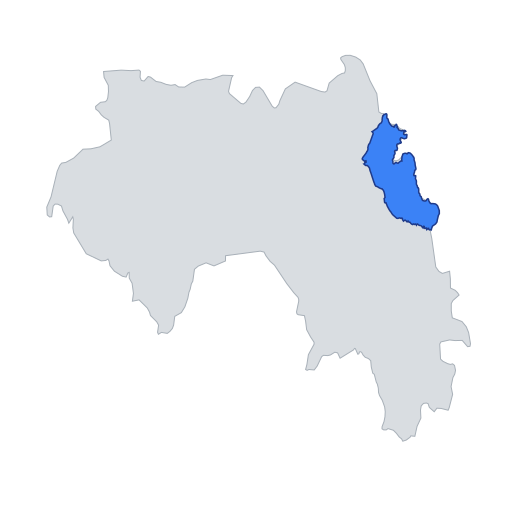 Mandiana, Mandiana, Guinea shown in context, rotated 353°
{"feature_id": "49546643B67473886511689", "entity_name": "Mandiana", "entity_type": "district", "adm_level": 2, "iso_a3": "GIN", "parent_name": "Guinea", "parent_adm1": "Mandiana", "projection": "equal_earth", "projection_center": [-8.547, 10.818], "detail": "fine", "context": "in_parent", "style": "filled", "palette": "blue", "viewbox_px": 512, "rotation_deg": 353, "n_neighbors": 0, "source": "geoboundaries", "source_scale": "gbopen_adm2", "svg_char_len": 9329}
<svg xmlns="http://www.w3.org/2000/svg" viewBox="0 0 512 512"><g transform="rotate(353 256 256)"><path d="M315.0,363.6L310.8,362.8L308.9,363.9L303.3,372.7L299.9,376.2L294.7,375.1L292.8,375.7L291.4,374.7L293.3,369.9L296.0,360.3L302.9,350.6L303.1,348.6L300.3,343.0L297.3,335.3L297.3,327.0L296.8,321.1L290.7,319.4L289.6,318.4L289.4,316.4L292.9,306.1L293.1,304.1L292.7,302.2L289.0,297.0L283.2,287.2L273.2,267.3L269.4,263.1L265.9,257.0L264.5,253.1L260.8,251.7L225.8,252.0L225.1,257.2L213.1,260.7L205.6,256.7L197.4,259.0L193.3,261.7L190.2,273.3L188.4,275.8L186.6,281.0L185.0,283.9L183.2,289.6L179.2,297.8L175.0,303.1L168.0,306.0L165.8,314.6L164.1,317.8L161.4,320.3L158.5,322.0L152.8,320.3L149.6,321.8L149.0,319.7L150.9,312.8L149.5,309.3L144.0,302.2L143.5,298.8L141.8,294.4L134.6,285.3L127.8,285.8L129.8,278.2L129.7,268.0L127.5,262.5L128.1,256.8L126.8,257.2L124.5,261.1L120.9,259.8L113.6,253.8L109.9,247.9L109.5,243.0L108.7,241.0L106.4,242.1L101.8,242.0L87.8,233.1L77.9,210.9L77.7,205.8L79.2,197.2L78.9,194.8L74.2,200.6L73.4,196.7L69.9,187.8L69.0,182.7L65.6,180.4L62.9,180.0L60.8,181.7L58.0,192.1L55.9,192.1L53.8,189.8L54.3,182.0L59.8,172.3L69.0,147.7L72.3,142.1L74.4,140.1L78.7,139.9L87.0,136.6L97.3,128.9L105.2,129.5L114.4,128.6L126.5,123.3L126.8,106.8L126.4,103.2L122.1,99.9L119.6,97.0L117.5,93.3L114.9,90.7L115.0,88.0L120.4,84.5L125.3,84.5L127.0,83.2L128.2,80.8L129.6,74.9L130.2,68.6L127.0,60.2L127.2,54.3L144.9,55.1L154.6,56.8L162.5,57.2L163.8,58.6L162.7,64.4L163.6,67.8L166.3,68.7L170.8,64.7L173.1,65.6L178.1,70.6L182.7,72.0L187.7,74.7L192.4,76.2L196.6,76.0L199.8,78.8L205.7,79.7L213.3,76.1L219.3,74.6L227.8,74.2L232.2,75.3L245.0,72.5L255.1,74.1L253.5,76.1L248.8,89.2L249.4,91.6L259.6,102.7L262.0,103.6L264.8,102.0L269.2,96.9L272.7,91.3L276.1,88.6L280.0,88.8L283.1,92.7L290.3,109.2L292.2,111.3L293.9,111.3L297.1,108.2L298.7,104.6L305.5,93.7L316.0,88.2L340.8,100.7L344.5,101.7L346.6,100.7L349.7,93.3L359.1,87.0L363.6,85.3L366.2,85.1L367.2,83.0L367.6,80.0L367.1,76.9L364.2,71.3L364.1,69.7L365.8,68.6L369.4,67.8L374.0,68.3L379.2,70.7L383.4,74.2L385.8,78.4L390.5,95.9L395.7,109.6L395.5,128.0L397.8,129.8L400.4,130.6L401.5,132.0L404.1,139.6L406.5,141.8L409.4,142.3L414.7,147.2L418.2,149.1L418.7,150.6L418.6,152.6L417.2,155.1L412.0,160.2L409.4,164.5L404.1,175.0L404.0,176.9L405.1,178.3L407.3,178.6L409.6,177.9L414.5,174.0L418.4,175.4L422.0,178.3L423.4,181.3L423.7,185.3L422.9,190.4L422.8,196.1L424.0,205.8L425.9,215.6L427.9,219.1L440.2,227.7L441.4,230.9L442.0,234.5L441.1,239.5L439.8,242.2L433.1,249.9L432.1,253.5L432.6,260.2L433.1,288.8L435.7,293.6L438.9,296.0L446.3,294.7L446.1,302.6L445.1,311.5L449.5,314.3L451.6,317.0L452.8,319.5L446.0,324.2L444.0,327.0L443.1,334.4L443.3,341.3L452.5,346.2L456.1,351.9L457.7,357.9L458.2,369.2L457.4,371.7L455.0,371.8L450.4,364.9L443.2,364.2L437.9,362.9L429.1,363.8L427.6,365.8L426.6,380.8L428.7,383.3L432.9,386.1L435.7,387.3L438.0,387.0L439.7,388.8L440.1,393.8L438.9,397.4L436.6,400.7L433.7,409.4L434.3,417.3L429.3,430.0L427.9,432.5L421.3,429.9L417.0,429.1L413.9,432.3L409.6,427.4L408.8,423.5L407.2,422.7L404.3,422.7L401.7,424.9L400.5,428.9L399.9,437.0L395.1,444.7L391.7,454.3L387.7,453.4L386.9,454.6L382.7,457.0L379.1,457.7L378.2,455.2L376.1,453.1L373.7,449.0L371.1,445.7L366.0,443.4L364.0,444.5L361.6,444.2L360.0,442.9L360.3,440.9L362.9,435.9L364.4,431.3L365.3,426.3L365.3,421.5L363.8,414.8L361.6,409.5L361.0,406.4L361.3,402.0L360.8,397.9L360.0,395.7L359.0,387.9L357.6,386.5L356.9,380.3L357.1,373.9L355.1,371.5L352.0,369.8L350.2,367.3L349.1,364.5L348.0,363.7L347.0,363.8L346.2,365.6L345.1,365.9L343.3,360.0L342.6,359.7L341.3,361.1L327.0,367.7L325.2,362.1L322.5,361.1L317.8,363.3L315.0,363.6Z" fill="#d9dde1" stroke="#a8b0b8" stroke-width="1"/><path d="M433.1,251.5L433.2,251.1L433.2,250.9L433.4,250.8L433.4,250.5L433.8,249.8L434.7,248.0L435.2,247.6L436.2,247.1L438.1,246.1L439.2,244.9L439.6,244.5L439.7,244.3L440.0,243.5L440.3,242.4L441.2,240.0L441.4,239.4L441.7,238.6L441.8,238.5L441.8,238.2L442.6,237.1L442.9,236.6L443.2,236.0L443.3,234.2L443.5,233.7L443.4,233.2L443.4,232.9L442.8,230.4L442.7,229.7L442.3,228.3L441.7,227.4L440.8,226.5L440.2,226.1L437.8,225.5L436.1,225.4L435.5,225.0L434.6,223.3L434.3,222.4L434.2,221.8L434.2,221.3L434.0,220.4L433.6,220.1L432.9,220.4L432.4,220.7L431.8,221.6L431.6,221.8L431.1,222.0L430.2,222.0L429.5,221.8L428.2,221.2L427.9,220.7L427.4,218.9L427.2,217.4L427.1,217.1L426.5,216.6L426.2,216.2L426.1,215.6L426.2,214.5L426.0,214.1L425.5,213.6L425.4,213.0L425.3,212.5L425.3,212.2L425.6,210.1L425.6,208.8L425.3,208.0L425.1,208.0L424.9,208.0L424.7,207.7L424.6,206.0L424.4,205.6L424.0,204.5L424.0,203.6L424.3,201.7L424.3,200.6L423.8,199.2L423.7,198.6L424.3,196.0L424.2,195.7L423.4,195.7L422.7,195.6L422.5,195.2L422.5,194.5L422.6,194.3L422.6,194.1L423.2,192.7L423.7,191.8L423.8,190.8L424.1,190.2L424.8,190.0L425.1,189.7L425.3,189.2L425.4,188.5L425.1,185.3L425.1,184.0L425.2,183.1L424.8,180.7L424.6,179.7L424.8,179.0L424.8,178.0L424.5,177.0L424.3,177.0L423.8,175.7L423.4,175.1L423.1,174.6L422.8,174.1L421.5,172.6L420.2,172.1L419.6,172.0L419.2,172.5L418.8,172.8L418.7,172.9L418.3,173.0L418.0,172.7L417.7,172.5L417.2,172.3L416.1,172.2L414.6,172.5L414.1,172.8L413.9,173.3L413.9,173.5L413.0,175.2L413.0,175.3L412.4,178.0L412.3,178.6L412.4,178.9L412.4,179.5L411.2,179.4L409.6,180.4L409.2,180.6L408.7,181.0L408.2,181.3L407.7,181.0L407.2,180.8L407.0,180.7L406.6,180.3L406.4,180.2L406.1,180.2L404.3,181.4L403.7,181.3L403.4,180.9L403.2,180.4L403.2,180.0L403.4,179.2L403.1,177.4L403.2,177.0L403.3,176.8L404.3,175.8L404.9,175.1L405.0,174.2L405.0,173.8L405.0,173.7L405.2,172.9L406.3,171.6L406.5,171.0L406.5,170.7L406.3,169.6L406.3,169.2L406.4,168.8L406.7,168.4L407.0,168.2L407.5,168.2L408.4,168.4L408.7,168.3L408.9,168.1L409.2,167.3L409.6,166.2L409.4,165.6L409.2,164.9L409.1,163.9L409.2,163.4L409.2,163.1L409.5,162.5L409.9,162.1L410.2,162.0L411.5,162.1L412.2,161.4L412.4,161.4L413.3,161.7L413.5,161.5L413.9,161.2L414.0,160.9L414.0,160.6L413.6,160.1L413.5,159.3L413.2,158.6L413.2,158.2L413.2,157.8L413.3,157.7L413.5,157.1L414.0,156.5L414.3,156.3L414.9,156.3L415.9,156.9L416.0,157.0L417.4,157.7L417.9,157.7L418.2,157.6L418.9,157.5L419.6,157.3L419.9,157.0L420.0,156.6L420.1,156.3L420.4,154.9L420.6,154.2L420.5,153.9L420.3,153.7L420.0,153.7L418.5,153.9L417.6,153.4L417.4,153.2L417.4,152.9L417.4,152.7L417.7,151.5L418.0,151.0L418.7,150.7L419.5,150.7L419.9,150.5L419.6,149.9L418.8,149.4L418.1,149.5L417.3,149.7L416.9,149.4L416.6,149.3L416.0,149.5L415.5,149.5L414.4,148.9L413.6,148.6L413.0,148.2L412.6,146.7L412.2,146.2L411.8,145.9L411.7,145.8L411.6,145.5L411.7,145.2L412.2,144.9L412.0,144.4L411.7,143.7L411.7,143.0L411.4,142.5L411.2,142.4L410.7,143.0L409.5,143.7L409.3,144.4L409.2,144.7L408.9,144.9L408.6,144.9L407.9,143.9L407.5,143.9L407.1,144.0L406.5,143.6L405.9,142.7L405.7,142.4L405.4,141.7L405.0,141.4L404.7,140.8L404.5,139.8L404.1,139.0L403.8,136.6L403.7,136.4L403.6,135.9L403.0,135.5L402.8,135.1L402.7,134.3L403.1,132.1L403.1,131.5L403.0,131.1L402.6,130.7L402.1,130.7L401.1,131.2L400.3,131.1L398.9,132.8L398.8,132.7L398.6,133.2L398.4,133.8L398.2,134.2L398.1,134.9L397.9,135.5L397.8,136.1L397.8,136.7L397.7,137.1L397.5,137.6L397.3,138.0L397.0,138.5L396.6,139.0L396.2,139.3L395.9,139.5L395.5,139.6L395.0,139.9L394.7,140.2L394.2,140.6L394.0,141.0L393.6,141.2L393.4,141.6L393.0,142.1L392.8,142.8L392.3,143.4L391.8,143.8L391.3,144.2L390.6,144.5L390.0,144.8L389.5,145.1L389.0,145.4L388.2,145.8L387.5,146.2L386.9,146.5L386.3,146.7L387.2,148.2L387.2,148.4L387.2,148.9L386.9,149.5L386.4,150.4L385.7,151.8L385.0,153.2L384.2,154.8L383.2,156.8L382.7,157.8L382.4,158.2L381.5,158.9L380.9,160.2L380.2,162.0L380.2,163.3L379.9,164.3L379.5,164.9L379.3,165.3L379.2,165.5L378.6,166.0L378.5,166.3L378.1,166.8L377.8,167.3L377.4,167.7L376.8,168.3L376.4,168.7L376.0,169.2L375.4,169.7L375.1,170.1L374.8,170.4L374.4,170.8L374.1,171.0L373.9,171.5L373.6,171.8L373.4,172.1L373.3,172.4L373.3,172.6L373.4,172.9L373.4,173.2L374.3,174.1L375.2,175.1L376.7,174.9L376.8,176.2L375.4,176.5L375.1,177.6L374.3,177.8L375.8,179.5L377.6,179.8L378.6,181.2L379.3,182.4L379.6,185.1L380.0,186.8L380.4,188.7L381.1,192.4L381.6,195.0L382.0,197.0L382.4,198.3L382.5,199.3L382.8,200.0L383.3,201.2L383.6,201.3L385.1,202.1L386.1,203.0L387.3,203.8L388.3,204.4L389.3,204.6L389.4,205.2L390.2,205.9L390.6,206.9L390.9,208.1L391.1,209.7L391.2,210.9L391.2,212.0L391.2,212.7L391.3,213.4L390.9,213.9L390.1,214.8L390.2,215.1L390.2,215.4L390.2,215.7L390.2,215.8L390.2,216.3L390.2,216.5L390.2,216.9L390.1,217.1L390.2,217.5L390.2,218.1L390.2,218.6L390.4,218.8L390.7,219.0L390.9,219.1L391.3,219.0L391.5,219.0L392.1,221.3L392.4,222.6L392.8,223.6L393.3,224.9L393.9,226.4L394.6,227.8L395.3,228.8L395.8,230.0L396.3,231.0L396.9,231.9L398.6,233.8L399.4,234.7L400.3,235.7L401.5,236.0L402.7,235.7L403.6,235.8L404.3,236.3L405.4,236.1L405.9,236.6L405.8,237.6L406.3,238.7L406.7,239.0L406.7,239.3L408.3,238.5L409.2,239.3L410.0,240.5L410.7,240.5L411.2,239.8L411.9,240.8L412.2,241.2L413.0,241.3L413.6,242.5L414.6,243.5L415.4,243.9L416.0,243.4L416.5,243.4L417.0,244.0L418.0,243.8L418.3,243.7L419.0,245.0L419.5,244.2L420.3,243.9L421.1,245.0L422.1,245.6L423.2,245.9L423.9,246.4L424.5,247.6L425.1,248.4L425.7,247.2L426.1,246.9L426.6,247.2L426.5,247.8L426.4,248.7L426.9,249.2L428.1,248.9L428.5,249.0L428.4,249.7L428.7,250.7L429.9,249.8L430.2,249.5L430.7,249.6L430.7,250.5L431.3,251.2L432.1,251.2L433.1,251.5Z" fill="#3b82f6" stroke="#1e3a8a" stroke-width="1.5"/></g></svg>